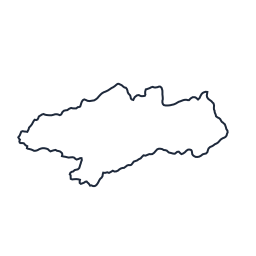 the district of Cachoeira de Pajeú, Minas Gerais, Brazil, rotated 36°
{"feature_id": "56859067B3346078437629", "entity_name": "Cachoeira de Pajeú", "entity_type": "district", "adm_level": 2, "iso_a3": "BRA", "parent_name": "Brazil", "parent_adm1": "Minas Gerais", "projection": "equal_earth", "projection_center": [-41.503, -15.962], "detail": "fine", "context": "isolated", "style": "outline", "palette": "slate", "viewbox_px": 256, "rotation_deg": 36, "n_neighbors": 0, "source": "geoboundaries", "source_scale": "gbopen_adm2", "svg_char_len": 4258}
<svg xmlns="http://www.w3.org/2000/svg" viewBox="0 0 256 256"><g transform="rotate(36 128 128)"><path d="M77.5,130.1L75.8,130.6L75.1,132.1L75.2,134.0L75.6,135.4L76.1,136.8L76.7,138.7L76.0,139.9L75.1,140.7L74.6,142.6L73.1,143.7L71.7,144.6L70.2,145.2L69.1,147.0L68.4,149.2L67.0,150.5L66.0,151.7L65.6,153.7L66.0,156.3L65.3,157.7L64.2,158.0L63.1,158.3L61.9,159.0L60.8,159.9L60.1,160.9L58.7,162.6L57.2,163.7L55.8,164.6L54.2,165.5L52.7,166.1L51.5,166.3L50.5,167.6L49.8,169.4L49.1,171.1L49.6,172.7L49.8,174.3L49.1,175.5L47.6,176.2L47.6,177.9L47.8,179.5L48.1,181.5L48.0,183.7L47.7,185.8L48.4,187.6L48.8,190.3L47.4,191.0L46.3,191.7L44.6,192.5L43.8,193.7L44.2,195.3L44.8,197.7L44.7,200.0L46.1,200.7L47.4,200.9L47.9,202.6L49.1,203.5L50.2,203.2L51.2,202.4L52.7,201.6L53.9,201.9L55.2,202.2L57.2,201.9L58.1,203.8L59.3,203.6L60.5,203.0L62.3,202.3L64.0,201.9L65.3,201.7L66.4,200.9L67.4,199.8L68.2,198.4L68.7,197.2L69.8,195.6L70.8,194.5L71.9,193.7L73.1,193.1L74.3,192.6L75.7,192.2L77.2,192.5L79.0,192.5L79.9,191.2L81.0,189.7L82.3,188.3L83.9,188.2L85.5,187.4L87.0,186.9L88.3,187.0L89.5,187.2L90.4,188.0L91.1,189.6L92.7,188.9L94.5,188.0L96.0,187.4L97.4,186.8L98.8,185.5L100.5,184.1L102.1,183.6L103.5,183.9L105.0,183.7L106.2,182.1L107.0,180.5L108.1,179.7L109.5,181.1L110.0,183.0L110.6,184.5L111.1,186.2L111.7,187.8L112.1,189.1L111.7,191.0L110.6,192.2L109.6,193.4L109.2,195.4L108.3,196.4L107.7,198.0L108.1,199.7L109.4,200.0L110.5,201.5L111.6,202.8L113.1,202.4L114.4,201.2L116.1,199.8L117.8,198.8L119.6,198.1L120.2,199.5L121.2,200.8L122.7,200.9L123.8,199.3L124.6,198.0L125.1,196.5L126.0,195.6L127.2,195.9L128.6,196.0L130.0,196.4L131.2,196.9L132.1,195.9L133.7,195.6L134.8,194.9L135.6,193.9L136.0,192.3L136.0,190.4L135.8,188.9L135.5,187.1L135.4,185.3L135.8,183.9L135.7,182.0L134.8,180.3L134.2,178.7L135.8,177.8L137.3,176.0L139.0,175.5L139.9,173.7L140.8,171.5L142.6,171.2L144.0,170.0L145.0,168.2L145.3,166.7L146.0,165.0L147.0,163.6L148.2,162.6L148.8,160.8L149.4,158.7L150.4,157.5L151.5,156.9L152.3,155.8L152.4,154.0L152.4,151.8L153.6,150.1L154.5,148.8L155.0,147.1L156.1,145.1L156.2,143.4L156.6,141.0L158.5,140.0L159.7,138.0L160.6,136.6L161.7,135.9L163.0,134.8L163.7,132.7L163.9,130.3L164.2,128.0L165.1,126.7L166.5,125.7L168.0,125.0L169.9,124.8L171.2,124.0L172.7,123.5L174.1,123.7L175.5,123.8L177.6,122.9L179.5,122.2L181.0,121.3L181.4,119.9L181.8,118.4L183.0,117.3L184.2,117.5L185.5,117.7L186.6,117.7L187.6,116.2L188.3,114.2L188.6,112.0L189.3,110.2L190.7,109.1L192.2,108.7L193.2,109.2L194.3,110.3L195.5,111.5L196.8,111.9L198.1,111.9L199.8,111.6L201.1,110.7L202.4,109.4L203.3,107.6L203.9,105.4L205.0,104.0L206.1,102.8L206.4,100.9L205.7,99.0L205.2,97.2L205.6,95.1L206.6,93.5L207.3,91.9L207.8,90.1L208.8,88.4L209.4,86.7L209.6,84.8L209.8,82.8L210.6,80.7L211.5,79.3L212.1,78.0L212.2,76.2L211.5,74.5L211.2,73.0L210.0,71.7L208.1,71.0L206.7,69.8L205.5,69.0L204.2,68.1L202.7,68.0L201.4,67.8L200.3,67.9L199.0,67.4L197.4,66.6L195.7,66.5L194.4,66.8L192.4,66.8L190.9,65.5L189.6,64.8L188.6,64.0L187.8,63.1L186.7,62.5L185.7,61.3L184.3,59.1L182.7,57.8L181.4,57.7L179.8,57.3L178.0,57.3L176.9,57.3L175.5,57.2L173.8,56.5L172.5,55.2L171.8,53.7L171.0,52.2L169.5,53.1L168.4,54.6L167.8,55.8L167.6,57.3L167.8,59.4L168.3,61.6L167.9,63.8L166.0,63.6L164.6,63.6L163.5,64.1L162.2,65.1L161.3,67.3L161.0,69.6L160.0,70.3L158.8,70.8L157.6,71.6L156.4,72.9L155.3,74.6L154.6,75.7L153.7,76.9L153.0,78.4L152.3,80.1L151.1,82.1L150.0,83.3L149.1,84.4L148.1,85.4L146.7,86.6L145.1,87.7L143.5,88.4L142.1,88.1L140.9,87.2L139.8,85.7L139.3,84.4L138.5,83.3L137.4,82.0L136.1,80.6L134.9,78.9L133.8,77.5L132.7,76.6L131.4,75.7L129.8,75.6L128.8,76.2L127.8,77.7L126.3,79.2L125.3,79.8L123.8,80.2L122.8,81.5L122.2,82.8L121.5,83.9L120.6,85.2L119.7,86.3L120.5,88.4L121.5,89.9L122.4,90.7L122.7,92.1L121.3,93.5L119.9,94.5L118.8,94.8L117.4,95.0L116.1,96.3L115.3,99.0L115.5,100.7L115.8,102.2L114.5,102.7L113.1,102.5L112.2,101.7L111.1,100.7L110.0,100.2L108.1,99.9L106.5,99.0L105.6,98.1L104.1,97.1L102.6,96.7L101.3,97.3L99.6,97.3L98.3,97.1L97.1,97.2L95.7,97.5L94.5,97.7L93.6,98.5L93.1,100.2L92.7,101.9L92.0,103.8L91.2,105.3L90.5,107.3L89.7,109.4L88.4,111.8L87.4,113.3L86.6,115.1L86.2,116.8L86.0,118.3L85.8,120.0L85.7,121.8L85.2,123.6L84.4,125.5L83.0,126.9L81.1,128.8L79.3,129.8L77.5,130.1Z" fill="none" stroke="#1e293b" stroke-width="2"/></g></svg>